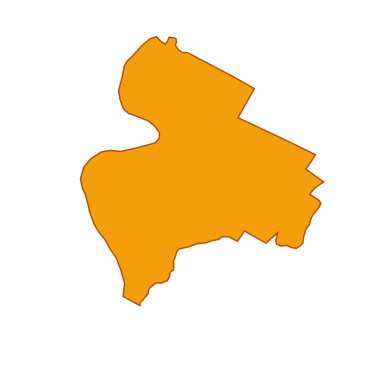 Porto Xavier, Rio Grande do Sul, Brazil (Robinson projection), rotated 300°
{"feature_id": "56859067B25276568047919", "entity_name": "Porto Xavier", "entity_type": "district", "adm_level": 2, "iso_a3": "BRA", "parent_name": "Brazil", "parent_adm1": "Rio Grande do Sul", "projection": "robinson", "projection_center": [-55.156, -27.94], "detail": "fine", "context": "isolated", "style": "filled", "palette": "amber", "viewbox_px": 384, "rotation_deg": 300, "n_neighbors": 0, "source": "geoboundaries", "source_scale": "gbopen_adm2", "svg_char_len": 1573}
<svg xmlns="http://www.w3.org/2000/svg" viewBox="0 0 384 384"><g transform="rotate(300 192 192)"><path d="M308.7,83.6L303.7,79.0L292.9,75.2L280.9,72.7L277.7,71.8L273.2,70.4L267.1,70.4L256.4,74.1L247.9,76.4L242.9,77.8L236.5,83.1L229.8,90.8L228.4,97.3L229.6,103.9L230.4,110.6L231.8,118.5L230.4,126.6L227.4,134.0L222.0,136.8L216.5,135.8L209.0,128.5L201.5,121.0L197.3,116.3L191.5,110.1L187.2,100.4L181.1,93.3L170.4,87.9L163.5,86.5L159.7,85.9L147.7,88.8L139.8,96.0L137.1,100.3L128.7,108.7L123.9,113.0L115.5,123.0L111.1,130.5L108.7,136.5L107.4,140.1L105.4,143.3L101.8,149.3L96.9,159.6L88.7,169.5L79.4,179.2L70.1,183.3L67.1,184.5L67.6,203.4L70.9,202.6L74.6,203.5L77.8,204.0L82.2,204.7L86.4,203.2L91.1,204.5L95.4,206.4L97.9,211.0L102.6,214.8L107.3,214.9L111.5,213.2L115.2,214.9L119.2,212.9L123.1,210.4L127.9,209.9L132.4,208.6L136.3,209.3L143.2,216.9L145.7,218.8L149.4,222.0L152.7,226.1L155.2,229.9L160.3,234.0L163.9,238.5L168.3,240.3L171.5,246.2L171.8,251.1L172.1,256.0L184.5,257.0L184.7,281.6L199.4,286.5L195.9,287.7L192.4,288.6L189.2,291.0L189.6,295.8L193.2,300.8L193.6,305.7L195.4,310.6L199.2,312.6L203.2,313.6L209.0,311.0L217.5,309.2L222.2,309.9L230.1,308.1L233.3,308.3L237.1,309.0L242.0,309.6L246.6,309.2L248.2,306.3L248.5,300.2L249.0,295.3L253.0,295.5L256.5,296.3L260.8,298.2L266.5,301.0L268.7,279.2L286.0,280.4L284.2,252.7L280.2,205.1L279.3,194.7L301.1,194.5L312.6,194.3L312.5,170.4L310.4,118.2L308.0,113.8L308.2,109.3L311.0,103.9L314.2,103.7L316.9,101.2L314.7,94.9L310.4,95.4L306.5,94.9L307.0,89.6L308.7,83.6Z" fill="#f59e0b" stroke="#b45309" stroke-width="1.5"/></g></svg>